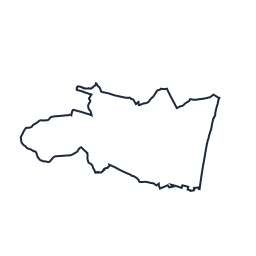 outline of Ilisesti, Suceava, Romania, rotated 27°
{"feature_id": "2599482B56962493050937", "entity_name": "Ilisesti", "entity_type": "district", "adm_level": 2, "iso_a3": "ROU", "parent_name": "Romania", "parent_adm1": "Suceava", "projection": "mercator", "projection_center": [26.04, 47.611], "detail": "fine", "context": "isolated", "style": "outline", "palette": "slate", "viewbox_px": 256, "rotation_deg": 27, "n_neighbors": 0, "source": "geoboundaries", "source_scale": "gbopen_adm2", "svg_char_len": 5682}
<svg xmlns="http://www.w3.org/2000/svg" viewBox="0 0 256 256"><g transform="rotate(27 128 128)"><path d="M64.7,196.5L66.4,196.1L66.8,196.1L67.7,196.1L68.2,196.0L68.9,195.5L69.6,195.2L71.3,194.9L72.4,194.5L73.1,194.0L73.5,193.4L74.8,188.3L75.3,187.2L75.7,186.6L77.1,185.6L89.0,178.5L89.6,178.0L90.4,177.0L93.1,172.9L93.5,172.1L93.6,171.3L93.7,169.7L93.8,168.5L94.2,167.6L94.8,166.7L95.1,166.4L97.8,167.3L103.0,168.7L103.0,169.2L104.2,170.2L105.5,173.3L106.7,174.9L108.5,176.7L110.2,176.9L111.6,176.9L112.6,177.3L113.8,178.1L115.0,179.4L117.2,180.9L118.5,182.1L118.8,181.9L119.4,182.6L120.2,182.1L120.6,181.3L121.0,181.5L121.5,181.4L121.4,180.7L121.6,180.6L122.6,180.6L124.3,179.9L124.5,179.0L125.2,178.2L125.2,176.9L125.0,176.2L125.2,175.7L125.4,175.8L125.7,176.0L126.0,175.9L125.7,174.8L126.0,174.5L126.3,173.9L127.2,173.3L127.8,173.1L128.0,172.5L127.9,171.8L128.6,170.7L128.7,170.0L128.0,169.2L134.2,168.9L140.1,169.1L145.7,168.9L147.9,168.8L151.8,168.5L152.8,168.9L153.6,168.8L154.9,168.3L158.0,168.6L159.3,168.8L160.9,169.3L161.6,170.1L162.0,170.4L162.5,170.7L162.8,170.7L163.2,170.7L167.9,168.1L168.7,167.7L169.1,167.6L169.5,167.5L172.8,166.7L176.3,165.6L177.2,166.0L177.6,166.1L178.8,166.1L179.5,166.2L180.7,163.7L181.4,164.9L182.1,165.7L184.0,167.4L187.8,162.9L189.4,161.0L191.7,162.2L192.9,161.2L194.8,159.7L192.4,158.9L198.5,157.6L203.0,157.0L202.5,154.4L208.4,153.0L209.1,155.8L212.3,155.1L212.4,155.5L215.0,153.7L214.6,152.8L214.9,152.5L214.0,151.4L217.8,149.0L218.7,150.2L219.5,150.0L219.4,149.8L219.0,148.4L218.6,147.3L216.1,140.1L215.3,137.8L213.7,132.8L212.8,130.2L211.6,126.2L209.1,117.9L208.2,115.3L207.8,113.7L205.9,107.6L205.3,105.2L204.6,102.4L204.5,101.4L204.5,100.6L203.9,99.0L203.4,96.5L203.4,96.2L203.0,94.1L202.9,93.6L202.8,93.1L202.8,92.8L202.8,92.3L202.8,91.5L202.6,91.2L202.0,89.2L201.6,88.0L200.9,85.4L200.6,84.5L200.6,84.0L200.4,83.3L200.2,82.9L200.0,81.9L199.7,80.9L199.9,80.6L200.0,80.3L200.0,80.0L199.9,79.8L199.8,79.7L199.7,79.3L199.7,79.2L199.7,78.9L199.9,78.7L200.0,78.0L199.9,77.7L199.8,77.0L199.8,76.8L199.7,76.5L199.7,76.3L199.1,75.7L198.6,73.6L198.4,73.0L198.3,72.5L197.6,69.7L197.5,69.0L197.2,67.9L197.1,67.0L197.0,66.3L197.0,65.8L196.6,64.6L196.5,64.1L196.3,63.3L195.8,62.3L195.7,62.0L195.8,61.5L195.7,61.0L195.7,60.7L195.8,59.9L195.8,59.7L193.5,59.9L191.6,59.6L190.7,59.6L190.0,59.6L189.7,59.6L188.9,59.5L187.5,62.8L187.1,63.3L183.9,66.1L183.0,66.8L182.4,67.3L179.1,69.6L178.4,70.0L177.0,71.1L174.0,72.9L172.6,73.4L171.1,73.7L170.6,73.9L170.4,74.0L170.2,74.3L170.3,75.4L170.2,76.4L168.8,78.4L167.9,80.0L167.5,80.8L167.1,82.4L166.8,83.0L166.5,83.5L165.4,84.3L165.1,84.6L163.4,86.8L162.5,88.1L159.4,85.9L156.3,83.7L151.0,80.0L146.7,76.8L144.9,75.3L143.2,76.6L142.4,77.0L139.3,78.2L139.3,78.8L139.0,79.4L138.2,80.2L137.4,80.8L137.2,81.1L137.1,81.3L136.9,81.8L136.9,82.2L136.8,82.9L136.6,85.3L136.2,88.9L135.6,90.2L135.5,90.3L134.9,92.3L134.7,93.2L134.6,94.3L134.4,95.5L134.3,95.8L133.7,96.6L132.7,97.7L130.8,99.0L130.1,99.7L127.8,102.5L127.0,102.6L126.7,101.9L126.4,101.6L125.8,100.3L125.5,99.9L125.4,100.0L124.4,102.5L124.3,103.1L124.2,103.2L123.5,102.6L119.7,100.2L117.7,100.6L117.4,100.6L116.1,100.1L115.9,100.1L115.2,100.5L114.6,101.0L113.8,101.3L112.2,102.1L101.6,104.9L93.9,106.2L89.4,107.5L87.4,107.7L85.2,105.4L84.9,105.2L83.2,104.4L83.0,104.5L82.5,104.5L82.1,104.4L80.4,103.1L80.0,102.8L79.6,102.7L79.1,102.7L79.1,102.8L79.5,102.9L79.8,103.0L79.9,103.3L79.7,103.9L79.6,104.2L79.4,104.6L79.3,104.9L79.3,105.5L78.8,106.0L78.6,106.3L78.5,106.8L78.4,107.4L78.3,107.7L78.1,107.9L77.8,108.3L77.8,108.5L77.6,108.6L77.4,109.4L77.3,109.6L77.1,109.8L76.8,109.9L76.4,109.9L76.2,110.2L75.9,110.3L75.5,110.3L75.0,110.4L75.0,110.6L74.6,111.0L73.7,111.3L73.3,111.6L72.7,111.9L72.5,112.1L72.2,112.2L71.8,112.2L71.3,112.3L71.0,112.3L70.8,112.4L70.6,112.7L70.4,112.9L70.2,112.9L69.8,112.6L69.5,112.5L68.9,112.6L68.6,112.8L68.4,112.8L67.9,112.7L67.7,112.6L67.3,112.7L67.0,112.9L65.9,113.1L65.4,113.4L64.5,113.6L64.4,113.7L64.2,113.8L64.1,114.1L64.0,114.4L64.0,114.6L64.2,115.1L64.2,115.5L64.7,116.2L64.7,116.3L64.6,116.5L64.7,116.9L64.8,117.0L65.0,117.2L65.3,117.2L65.7,117.2L66.2,117.1L67.8,116.7L68.2,116.6L68.8,116.4L69.1,116.3L70.4,116.3L71.0,116.1L71.4,115.9L71.6,115.9L71.8,116.1L72.0,116.1L72.7,116.0L73.0,115.8L73.4,115.7L74.0,115.9L75.1,115.6L75.8,115.5L76.5,115.3L77.2,115.3L77.6,115.3L78.1,115.3L78.8,115.0L79.3,114.9L79.9,114.7L80.2,114.7L80.1,115.1L80.1,115.7L80.0,116.7L80.0,118.2L79.8,118.7L79.8,119.5L80.2,119.9L81.0,120.2L81.9,120.7L82.1,121.1L82.2,121.4L82.2,121.8L82.3,122.1L82.3,122.4L82.1,123.4L82.1,124.1L82.1,124.9L82.2,125.6L82.4,126.3L82.9,127.2L83.5,127.9L84.2,128.7L85.3,129.3L86.8,130.0L87.2,130.2L87.7,130.7L89.0,132.4L89.8,133.2L87.9,133.4L86.8,133.5L86.2,133.5L85.7,133.7L84.0,134.1L78.7,134.9L77.0,135.4L72.7,136.2L71.8,136.5L71.0,136.6L70.9,136.8L71.1,137.0L70.9,137.5L70.6,138.0L71.1,139.9L71.4,141.8L71.7,142.4L70.9,142.4L70.1,142.6L69.4,143.5L67.2,144.8L65.6,145.7L64.5,146.6L63.7,147.0L62.4,147.8L56.5,151.5L54.4,153.2L54.0,154.4L53.8,155.3L53.4,156.7L53.0,157.5L51.8,158.1L51.2,158.5L50.4,159.1L49.0,159.7L48.7,160.0L47.3,160.4L46.5,160.9L45.7,161.8L45.4,162.5L45.0,163.7L44.5,164.5L43.6,165.9L43.0,166.9L42.4,167.8L42.0,168.5L42.0,168.9L41.8,170.2L41.2,171.3L40.4,172.2L37.1,174.3L36.9,175.2L36.7,176.8L36.5,178.5L36.7,180.6L36.6,183.3L36.7,184.6L36.9,185.5L37.1,185.7L37.6,186.1L38.7,188.0L39.2,188.7L39.9,189.4L42.2,190.4L43.2,190.7L44.4,190.7L45.2,190.9L46.2,191.5L47.6,191.7L50.2,191.4L51.1,191.2L52.5,191.3L53.6,191.5L54.0,191.5L54.8,191.4L55.5,191.1L55.8,191.1L56.9,191.3L58.1,192.2L59.9,194.1L60.5,194.6L61.8,195.3L61.7,195.4L63.7,196.2L64.7,196.5Z" fill="none" stroke="#1e293b" stroke-width="2"/></g></svg>